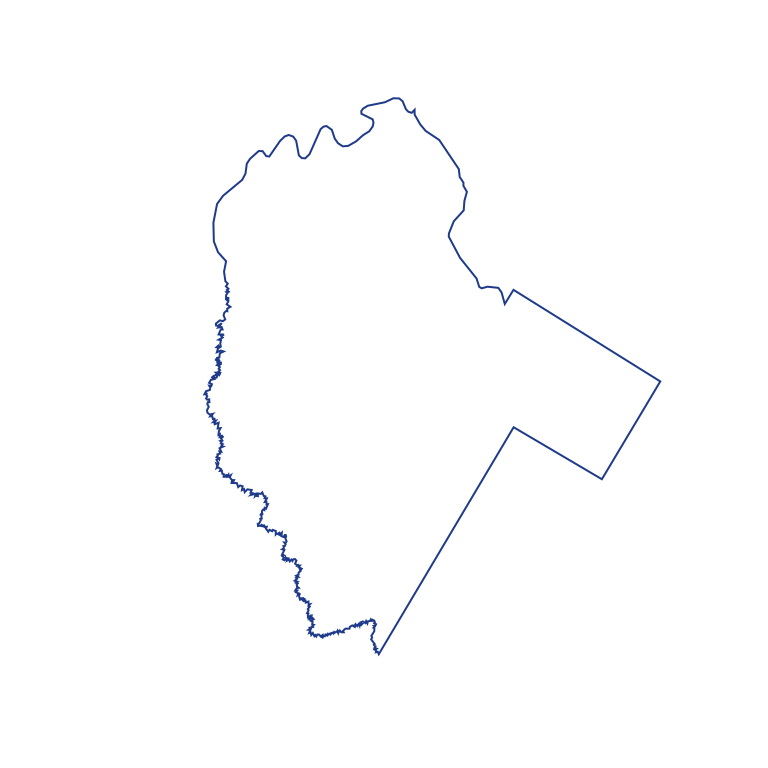 outline of Pilcomayo, Formosa, Argentina, rotated 211°
{"feature_id": "61730980B52467636009888", "entity_name": "Pilcomayo", "entity_type": "district", "adm_level": 2, "iso_a3": "ARG", "parent_name": "Argentina", "parent_adm1": "Formosa", "projection": "equal_earth", "projection_center": [-58.184, -25.344], "detail": "fine", "context": "isolated", "style": "outline", "palette": "blue", "viewbox_px": 768, "rotation_deg": 211, "n_neighbors": 0, "source": "geoboundaries", "source_scale": "gbopen_adm2", "svg_char_len": 6154}
<svg xmlns="http://www.w3.org/2000/svg" viewBox="0 0 768 768"><g transform="rotate(211 384 384)"><path d="M148.5,528.5L321.5,531.4L321.7,514.8L330.3,523.0L335.5,525.3L345.4,520.7L349.6,516.3L352.4,516.3L359.0,522.1L383.8,531.3L404.4,543.7L405.9,546.5L408.0,559.5L405.1,573.9L409.4,582.4L411.9,591.4L418.0,594.8L419.6,597.5L425.8,600.5L430.5,606.7L462.3,621.6L478.6,622.4L486.5,625.1L496.5,630.7L499.0,634.8L499.9,630.7L503.3,629.9L506.7,630.8L513.7,636.0L518.0,636.6L523.1,633.8L528.3,626.0L541.3,614.1L543.8,609.2L544.0,606.1L542.5,604.0L530.0,605.0L527.6,602.6L526.3,598.9L526.8,593.0L530.0,586.8L532.9,577.6L537.3,569.7L541.7,566.5L547.4,566.7L552.6,569.0L559.6,575.0L566.2,575.5L568.4,573.4L569.6,569.9L566.2,542.6L567.7,536.9L570.8,535.3L574.7,536.1L584.6,547.3L589.2,549.3L593.9,548.4L596.6,545.1L598.3,538.7L599.5,519.9L602.3,518.7L608.0,521.1L611.4,519.1L614.8,508.1L615.1,502.3L611.1,493.0L610.7,485.9L618.9,462.5L619.8,452.3L613.3,434.4L603.3,418.6L594.2,411.5L582.6,407.9L578.9,397.8L572.9,390.4L569.6,389.5L569.8,386.3L566.4,385.5L567.1,383.7L564.8,383.2L566.4,381.7L565.0,381.5L565.1,378.8L563.1,375.3L562.3,375.1L562.7,377.1L561.8,377.6L560.0,374.7L559.9,371.3L555.4,371.0L557.2,367.8L555.8,365.7L556.9,365.4L557.6,362.9L556.9,360.3L553.4,357.6L554.4,354.9L557.5,354.0L559.2,349.1L558.0,347.6L556.2,348.5L554.4,352.6L555.2,347.0L552.5,349.2L550.5,347.6L552.0,346.6L551.3,341.3L546.6,344.0L548.3,341.3L546.2,340.8L548.5,336.8L546.3,337.6L545.2,334.3L543.1,331.9L543.9,330.4L545.8,331.6L546.5,329.2L544.8,329.8L543.6,325.2L541.1,328.6L538.2,329.3L540.5,325.7L538.8,321.9L540.6,320.5L540.6,318.1L539.3,317.8L539.4,320.1L537.2,319.2L537.6,316.9L534.9,318.4L534.2,317.3L536.4,316.3L536.8,314.3L534.7,315.3L534.7,314.0L533.4,313.9L533.5,311.8L531.8,311.5L532.3,309.3L530.1,309.4L529.8,306.9L533.0,307.8L533.9,307.2L532.6,307.0L533.1,304.8L531.2,305.9L530.8,303.3L532.0,302.2L534.2,303.0L534.8,301.2L532.1,300.7L534.5,298.5L534.5,294.9L531.4,295.2L531.0,293.4L533.0,292.5L531.1,291.5L530.2,289.2L532.9,286.1L532.6,282.9L530.7,285.1L531.2,283.2L529.2,282.5L529.1,280.0L527.5,279.5L525.9,280.8L524.3,278.5L525.6,277.7L525.1,275.8L522.5,274.2L522.2,270.3L520.6,268.5L517.7,268.0L515.4,270.2L516.1,266.9L514.7,268.0L512.6,265.8L511.4,266.9L510.4,265.8L510.7,264.0L509.2,265.8L509.4,263.3L508.4,262.3L505.8,265.6L503.7,260.2L501.4,262.0L501.2,258.4L499.7,255.2L498.9,256.5L497.7,254.0L496.3,256.2L494.9,255.7L495.8,253.4L493.5,252.3L494.9,250.9L493.4,250.8L493.3,249.0L491.3,249.4L491.5,247.1L489.6,247.6L491.9,244.2L488.6,242.1L490.3,241.4L488.6,240.0L490.5,237.9L489.6,237.1L489.9,235.1L486.8,235.8L486.4,234.5L487.6,235.0L488.6,232.8L485.0,230.7L484.8,229.5L486.6,229.4L484.7,227.9L484.2,225.7L483.3,227.2L480.0,227.1L479.9,225.0L478.4,226.2L476.3,223.8L474.6,224.1L473.7,221.9L471.7,223.1L472.8,225.3L471.0,223.9L470.7,226.1L469.6,224.5L468.4,226.8L468.2,224.8L467.1,224.1L464.9,223.4L463.0,224.4L462.9,223.0L464.3,222.3L463.7,220.6L459.1,223.3L455.9,220.5L455.1,222.9L452.5,223.5L451.1,219.9L449.9,221.9L447.7,219.6L446.9,223.3L442.8,225.0L442.4,222.0L440.4,222.7L441.0,220.3L437.5,223.8L436.8,221.7L436.4,223.5L435.6,222.4L434.3,222.9L435.8,225.2L432.9,226.4L432.5,228.4L429.4,226.1L427.8,226.6L427.5,224.6L425.5,225.7L425.4,221.5L424.1,222.5L422.6,220.2L421.6,221.1L420.9,216.4L422.5,216.4L421.6,214.3L422.9,214.2L423.2,212.3L422.2,210.9L422.4,208.8L421.3,209.3L421.5,208.1L419.5,205.7L420.6,204.7L419.4,203.7L419.2,200.1L420.2,199.2L418.8,197.4L416.7,199.1L416.3,201.0L415.8,199.2L414.6,199.6L414.0,201.6L413.8,199.1L413.4,200.8L412.4,200.0L411.0,201.2L410.7,199.2L407.1,197.8L407.1,200.0L404.1,200.2L404.3,201.6L401.1,202.3L399.3,199.3L399.0,200.6L396.5,200.8L397.6,201.5L397.0,202.7L395.6,201.7L395.0,203.9L393.6,200.8L391.4,201.1L391.3,203.5L390.3,203.9L389.2,202.6L389.5,201.3L386.4,198.9L386.5,197.5L387.9,196.8L385.8,196.0L385.6,193.9L386.7,193.3L385.2,191.5L386.1,189.9L383.9,190.4L383.6,185.6L381.6,185.6L382.8,184.2L380.3,183.5L380.4,181.5L378.6,181.6L377.8,182.9L378.6,184.4L377.0,183.5L377.4,184.8L376.2,185.3L376.0,183.1L375.2,184.7L373.4,183.4L373.0,185.8L371.3,185.2L371.6,186.8L370.2,188.1L368.1,187.5L367.7,184.2L364.9,183.8L363.9,185.4L364.3,183.8L362.6,185.0L362.7,183.0L359.4,183.3L359.5,182.1L360.8,181.9L359.2,180.4L360.1,178.4L359.0,176.6L360.2,175.0L358.5,174.6L359.9,174.0L358.8,173.6L359.5,172.6L358.2,172.3L359.2,169.4L356.2,170.0L357.1,168.2L355.3,168.4L355.6,167.2L354.3,165.7L352.2,165.3L353.6,164.2L353.7,161.2L352.0,162.2L352.2,160.1L349.7,160.5L349.2,158.6L348.0,161.4L348.0,159.0L345.0,155.8L344.1,156.6L345.4,157.0L344.2,158.0L343.0,157.3L342.9,158.8L341.2,158.7L341.8,157.0L341.1,156.5L339.5,157.7L338.5,156.3L336.7,158.6L334.9,155.9L334.0,156.9L334.3,154.7L333.0,154.8L333.4,151.8L332.1,151.2L331.9,148.0L329.8,148.7L330.9,147.8L329.1,144.9L327.9,147.0L327.5,145.0L326.6,147.1L326.2,144.8L325.0,146.7L323.1,146.2L324.6,143.3L322.7,143.3L321.7,140.9L320.1,141.4L320.6,139.6L319.7,139.2L322.0,137.0L319.8,136.3L321.5,136.0L322.2,134.4L320.4,135.1L319.9,132.1L319.0,133.3L317.1,131.4L316.8,133.9L313.8,132.0L313.6,133.4L312.0,132.7L312.1,134.9L310.5,135.8L308.3,135.0L307.6,136.6L307.1,135.0L306.0,135.0L306.2,137.3L304.9,137.3L305.1,138.9L304.1,138.7L303.7,140.4L302.9,139.7L302.4,141.7L300.9,141.6L301.1,144.2L300.5,143.2L299.9,144.4L298.8,144.1L299.0,145.8L298.0,145.6L296.8,148.0L295.5,147.2L296.3,148.7L294.9,148.2L294.9,149.9L292.7,149.2L290.7,150.4L292.0,151.1L291.1,154.4L287.6,156.5L288.2,158.3L286.9,160.7L284.9,160.7L286.1,161.9L284.0,161.2L284.6,163.4L282.7,162.8L282.2,165.0L281.7,163.9L281.3,165.3L280.4,164.5L280.9,166.0L279.4,165.7L279.1,167.0L279.9,166.5L281.0,168.2L279.6,169.7L276.8,169.5L277.2,171.6L275.0,170.3L275.6,172.2L273.9,173.7L274.1,175.5L272.6,175.0L272.5,176.8L272.0,175.0L270.6,176.2L269.2,175.2L269.3,173.9L267.1,174.0L267.0,172.4L268.0,171.6L267.0,171.4L267.4,169.8L266.0,170.3L266.6,169.9L265.0,167.1L265.1,161.6L263.6,160.6L263.5,158.5L258.0,156.3L258.4,155.3L256.7,154.6L256.2,152.7L255.7,153.9L255.1,152.7L254.0,153.2L254.6,151.5L253.1,151.2L252.8,149.9L251.4,151.2L249.3,149.7L250.6,413.7L148.2,414.6L148.5,528.5Z" fill="none" stroke="#1e3a8a" stroke-width="2"/></g></svg>